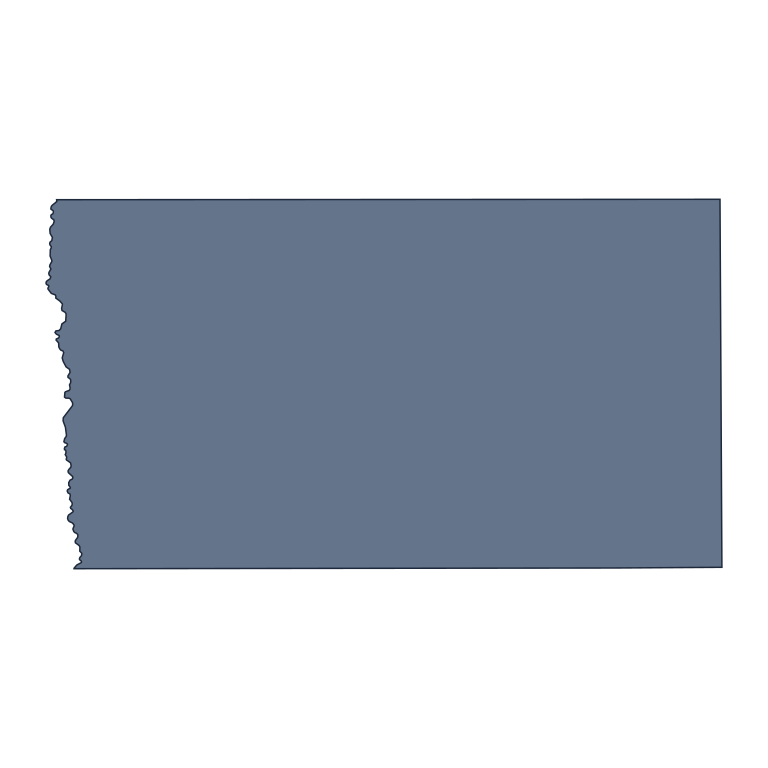 Norman, Minnesota, United States of America (Robinson projection)
{"feature_id": "52423323B61487870979754", "entity_name": "Norman", "entity_type": "district", "adm_level": 2, "iso_a3": "USA", "parent_name": "United States of America", "parent_adm1": "Minnesota", "projection": "robinson", "projection_center": [-96.827, 47.325], "detail": "fine", "context": "isolated", "style": "filled", "palette": "slate", "viewbox_px": 768, "rotation_deg": 0, "n_neighbors": 0, "source": "geoboundaries", "source_scale": "gbopen_adm2", "svg_char_len": 2193}
<svg xmlns="http://www.w3.org/2000/svg" viewBox="0 0 768 768"><path d="M720.0,199.3L56.6,199.7L56.8,201.5L52.2,205.3L51.4,206.3L50.9,208.1L50.9,209.1L53.2,210.8L53.4,211.9L53.0,213.7L51.4,214.6L50.9,215.5L50.9,217.0L51.3,217.9L53.9,220.0L54.2,221.4L53.2,224.2L50.5,227.2L49.8,229.2L50.1,233.5L52.4,237.4L51.8,240.6L50.0,242.2L49.7,243.6L50.0,245.0L51.3,246.6L51.2,247.8L50.3,249.7L50.1,256.0L51.8,260.3L51.8,261.5L49.9,264.9L49.6,266.6L50.9,269.0L49.0,272.3L48.8,273.6L49.2,275.1L50.8,276.7L50.0,278.9L47.2,280.7L46.1,282.1L46.1,283.7L46.6,284.5L48.6,285.5L48.8,286.3L47.9,288.3L48.1,289.2L51.3,293.4L55.3,294.9L55.9,296.3L55.8,298.1L59.8,301.0L62.3,303.8L62.4,304.6L61.6,308.4L62.0,310.5L65.1,312.3L66.0,313.6L66.1,315.1L65.7,321.2L61.9,323.9L60.7,328.8L59.0,330.5L55.9,330.9L55.0,332.5L56.4,334.2L59.1,335.5L59.3,336.6L58.5,338.0L56.3,339.0L56.1,340.1L58.6,342.9L58.8,346.9L59.7,348.8L60.8,350.1L63.0,351.0L63.7,352.7L62.2,357.9L63.2,361.4L66.1,366.9L69.5,369.3L70.1,372.3L67.9,376.0L68.0,377.4L70.0,378.8L70.7,380.0L70.7,382.5L69.5,384.9L70.1,388.0L70.0,389.1L69.2,390.4L65.6,391.7L64.9,392.4L64.5,397.1L65.8,398.1L69.1,398.2L70.2,398.8L72.6,402.8L72.6,405.5L63.3,417.7L63.1,420.9L65.4,427.2L66.4,434.7L66.3,436.3L64.7,438.5L63.9,441.6L64.5,442.6L66.8,443.4L67.5,444.5L66.7,446.3L64.9,447.0L64.4,448.5L64.5,449.7L65.5,450.1L66.0,451.4L65.8,453.5L65.2,454.6L66.6,456.8L66.7,457.5L66.2,459.2L66.5,460.0L70.5,462.8L71.1,465.3L70.9,467.1L68.9,469.4L68.1,470.8L68.1,471.9L68.6,472.9L72.0,476.0L72.6,476.4L72.8,477.9L72.2,479.1L70.0,480.2L68.7,482.6L68.8,485.3L70.3,487.4L70.3,488.1L67.6,489.7L67.2,491.0L68.0,492.9L70.0,494.0L70.3,495.8L69.6,499.2L72.1,502.7L72.2,504.1L72.0,505.2L70.4,507.3L70.7,508.4L72.1,509.4L73.3,511.1L72.7,512.1L68.6,515.0L67.8,516.7L67.6,518.5L68.1,520.1L69.3,521.5L72.5,523.0L74.0,525.0L74.1,526.0L73.0,528.6L73.0,529.5L73.8,531.5L74.7,532.5L76.5,533.3L77.7,534.5L77.9,535.8L77.7,537.3L75.5,540.3L75.2,541.4L75.4,542.8L79.2,545.6L79.9,547.1L79.8,551.2L81.8,553.3L81.5,555.7L79.9,557.4L79.4,558.9L79.6,559.7L81.3,561.1L81.5,561.9L81.3,562.6L76.8,565.0L74.0,568.3L74.0,568.7L613.7,568.0L721.9,567.3L720.0,199.3Z" fill="#64748b" stroke="#1e293b" stroke-width="1.5"/></svg>